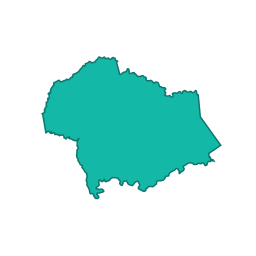 the district of Pesé, Herrera, Panama, rotated 43°
{"feature_id": "35544464B3990390948119", "entity_name": "Pesé", "entity_type": "district", "adm_level": 2, "iso_a3": "PAN", "parent_name": "Panama", "parent_adm1": "Herrera", "projection": "robinson", "projection_center": [-80.628, 7.893], "detail": "fine", "context": "isolated", "style": "filled", "palette": "teal", "viewbox_px": 256, "rotation_deg": 43, "n_neighbors": 0, "source": "geoboundaries", "source_scale": "gbopen_adm2", "svg_char_len": 5789}
<svg xmlns="http://www.w3.org/2000/svg" viewBox="0 0 256 256"><g transform="rotate(43 128 128)"><path d="M207.6,77.4L173.2,70.5L156.8,55.9L156.2,56.4L155.7,56.4L153.8,55.2L153.0,54.5L152.3,54.3L152.0,54.4L151.8,54.9L151.9,57.0L151.6,57.8L150.7,58.2L148.8,58.4L148.5,58.8L148.4,59.6L148.1,60.2L147.4,60.9L145.7,61.5L144.1,61.7L143.6,62.7L143.2,64.1L143.3,64.4L144.0,65.1L144.0,65.6L143.9,66.0L143.1,66.3L141.6,65.9L141.1,66.1L140.5,67.0L140.4,68.4L140.1,69.1L138.8,70.0L137.2,71.7L137.0,72.3L137.2,72.8L138.8,73.5L139.2,73.8L139.3,74.8L139.0,75.6L138.4,75.9L136.4,75.7L136.1,76.0L135.9,76.8L135.5,77.4L134.1,78.5L133.2,78.5L132.3,78.8L132.0,77.3L131.7,76.7L131.0,76.3L129.4,75.9L129.0,75.6L128.9,75.1L129.1,74.2L128.9,73.7L128.5,73.4L127.4,73.6L126.0,74.8L124.7,75.3L123.8,75.4L123.3,75.9L122.9,76.1L122.4,75.9L119.5,74.4L118.9,74.4L116.9,75.4L116.6,76.3L116.5,77.6L113.6,77.3L112.2,77.6L111.9,77.9L111.3,79.1L109.7,80.4L108.1,80.4L107.5,79.2L106.4,78.8L105.0,79.6L103.6,79.5L102.9,79.9L102.3,80.6L101.7,82.3L100.8,82.7L100.4,83.3L100.0,83.6L98.0,83.6L96.7,83.3L96.0,84.0L95.3,83.4L94.8,83.3L93.9,84.3L92.4,86.7L92.1,86.9L91.4,86.9L90.8,86.6L90.0,85.4L88.2,84.5L87.8,84.6L87.4,84.9L87.3,85.3L88.1,87.3L88.1,88.2L86.5,90.9L86.4,92.6L86.0,93.9L85.7,94.3L85.4,94.4L84.5,94.1L83.4,93.1L82.7,92.8L81.5,91.9L78.5,90.2L76.3,88.7L75.4,88.4L74.9,87.7L74.8,87.0L75.0,86.5L74.8,86.3L74.2,86.3L72.5,87.0L71.9,86.7L71.1,85.8L69.8,86.5L69.0,86.6L68.6,87.5L68.7,89.2L68.6,89.6L67.3,90.3L66.0,90.2L65.7,90.6L64.8,92.2L63.4,92.7L62.8,92.2L62.3,92.3L62.2,92.5L61.9,93.9L61.4,94.7L60.8,95.0L59.5,95.3L58.4,95.9L58.4,96.4L58.7,98.9L58.4,100.1L58.9,101.7L58.3,102.8L58.3,103.2L57.6,104.1L56.9,105.3L55.4,105.1L54.5,105.5L54.3,105.9L54.4,107.0L54.2,107.9L53.8,108.8L53.0,109.9L53.8,111.1L54.1,112.0L53.8,112.4L52.9,112.6L52.7,113.2L53.2,115.6L53.0,117.5L53.4,119.2L53.3,121.0L52.5,124.1L51.3,126.0L51.5,126.6L52.1,127.0L51.9,127.7L51.9,128.1L52.7,128.7L52.6,129.2L52.1,129.7L51.8,130.2L51.9,132.0L51.8,132.7L51.3,133.6L49.9,134.1L49.7,134.6L49.9,135.2L49.8,136.0L49.0,136.7L48.1,139.2L47.7,140.1L47.0,140.3L45.4,140.0L44.8,140.4L43.9,143.1L43.6,144.4L42.8,145.2L43.6,146.3L44.3,146.5L44.5,146.8L44.2,147.9L44.6,148.4L44.7,148.8L44.6,150.2L44.9,151.1L45.2,152.7L45.5,153.0L46.2,153.3L46.3,154.5L46.5,154.8L46.8,155.0L47.4,155.0L47.6,155.2L47.4,155.7L46.3,156.4L46.2,157.2L46.5,157.5L47.9,157.7L48.8,158.7L49.3,159.0L49.4,159.5L49.9,160.4L49.1,161.2L49.4,161.6L50.2,161.7L50.4,161.9L51.2,164.0L50.8,165.0L51.4,165.5L52.2,166.7L53.0,167.4L53.8,167.7L53.6,169.1L53.9,170.0L54.3,170.9L54.2,171.5L55.1,171.8L55.5,172.7L56.0,172.6L56.4,173.7L56.3,174.1L55.7,175.2L55.8,175.6L55.5,176.2L55.7,176.3L56.3,176.1L56.6,176.4L71.2,187.5L71.5,186.8L71.5,185.6L72.0,184.6L74.6,184.6L74.2,183.7L74.2,183.4L74.4,183.3L74.8,183.5L75.3,184.1L75.8,184.1L76.1,183.7L77.0,181.9L77.9,181.8L78.6,182.5L79.0,182.6L79.7,181.8L80.7,181.2L80.9,180.5L81.8,180.6L82.1,180.1L82.8,180.5L83.1,180.4L83.4,179.6L84.4,178.2L85.6,177.4L86.8,177.8L88.1,178.8L89.1,178.1L90.0,178.3L90.2,178.0L89.9,177.2L90.9,174.7L91.5,174.7L91.9,175.8L92.3,175.8L92.6,175.6L93.3,174.9L96.8,174.0L97.4,173.5L98.4,173.1L98.8,172.8L99.2,172.0L99.2,170.7L98.9,169.7L99.0,169.4L99.3,169.3L99.6,169.9L99.7,172.0L100.1,172.3L103.0,175.9L103.9,175.5L105.1,176.6L105.5,177.5L105.7,178.7L106.1,179.4L108.4,181.8L108.7,182.7L109.1,183.1L110.4,184.1L111.5,184.6L112.8,184.9L113.9,186.1L115.9,186.4L117.3,187.1L119.0,187.2L119.9,186.7L120.4,186.7L120.8,187.0L121.1,188.2L121.4,188.3L123.7,188.5L126.3,189.4L129.1,189.4L129.7,190.4L131.0,191.1L132.8,194.2L133.9,195.4L135.1,195.5L136.3,197.2L137.4,198.0L139.4,198.5L141.6,199.4L144.7,201.6L145.1,201.7L145.5,201.6L146.5,200.3L147.1,200.0L148.6,200.5L150.4,201.4L152.6,201.5L154.0,200.0L154.1,199.5L153.9,198.7L153.2,198.0L150.6,197.7L150.0,197.4L150.0,197.2L150.2,196.2L151.5,194.9L153.2,192.0L153.5,191.2L153.3,190.7L152.8,190.3L150.7,190.4L150.3,190.7L148.5,192.9L148.1,193.1L147.5,193.1L146.5,193.9L146.1,193.9L145.6,193.6L145.4,193.1L146.0,190.4L145.9,189.6L145.4,189.0L144.6,188.6L143.7,187.3L142.5,186.5L142.4,186.1L142.6,185.6L143.0,185.2L145.1,185.2L145.7,184.8L146.0,184.0L145.6,182.3L146.0,181.6L146.4,181.6L147.0,182.3L147.6,182.7L147.9,182.7L148.3,182.4L148.9,181.6L150.0,179.4L150.1,178.7L150.0,176.5L150.5,175.0L151.7,173.7L154.8,171.6L156.5,172.2L158.0,172.1L158.6,172.2L159.0,172.7L159.7,174.2L160.0,174.4L161.9,174.5L162.6,174.2L162.8,173.8L162.6,173.0L161.7,171.4L161.4,170.6L161.5,170.0L161.8,168.9L162.9,168.1L163.4,167.9L166.2,168.8L167.4,168.7L170.4,167.2L170.6,166.5L170.3,164.4L170.3,162.8L170.7,161.2L171.4,160.4L172.4,160.3L173.6,160.9L175.1,161.4L175.5,162.0L176.3,164.6L176.9,165.2L177.8,165.1L180.4,164.4L182.5,163.7L183.0,163.3L183.7,161.7L183.6,161.4L182.6,160.4L183.0,159.2L183.1,156.8L183.2,156.4L184.1,155.6L186.1,154.1L186.4,153.5L186.9,149.5L186.5,148.8L185.6,147.9L185.5,146.9L187.1,144.8L187.9,144.4L189.4,141.9L189.4,140.1L188.9,138.6L188.9,137.5L189.2,136.6L190.1,135.8L190.3,135.1L189.3,133.7L189.2,131.4L190.9,126.8L190.8,125.0L191.4,124.3L192.5,123.9L193.2,124.3L194.4,124.4L196.2,126.1L196.6,126.2L196.9,125.9L196.7,124.8L197.0,123.4L197.4,122.4L197.4,121.0L197.2,120.0L197.0,119.6L196.0,119.3L195.4,118.8L194.6,118.4L196.0,112.5L196.6,111.6L198.8,110.0L199.4,109.8L200.8,109.8L201.5,109.4L203.1,107.5L203.4,106.9L203.5,105.6L205.2,104.9L205.8,104.1L205.9,103.2L206.3,102.8L207.2,102.2L208.0,102.1L208.9,102.7L210.0,102.8L210.4,102.6L210.8,101.4L210.8,100.8L210.1,100.4L209.6,98.6L209.6,97.9L209.9,97.3L210.8,96.8L210.9,95.9L211.2,95.2L212.2,94.5L212.7,93.6L213.2,93.5L212.5,93.2L211.3,93.5L210.5,94.8L210.2,94.9L210.0,94.1L208.8,94.0L208.2,93.3L207.4,93.8L207.0,93.4L206.4,93.3L205.8,93.0L205.1,92.0L204.4,91.7L207.6,77.4Z" fill="#14b8a6" stroke="#0f766e" stroke-width="1.5"/></g></svg>